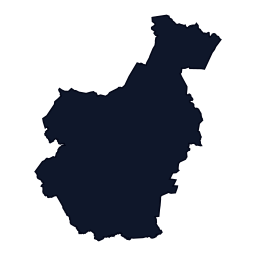 Rundēnu pag., Ludzas, Latvia (Mercator projection)
{"feature_id": "27541924B20258321075970", "entity_name": "Rundēnu pag.", "entity_type": "district", "adm_level": 2, "iso_a3": "LVA", "parent_name": "Latvia", "parent_adm1": "Ludzas", "projection": "mercator", "projection_center": [27.772, 56.271], "detail": "fine", "context": "isolated", "style": "filled", "palette": "ink", "viewbox_px": 256, "rotation_deg": 0, "n_neighbors": 0, "source": "geoboundaries", "source_scale": "gbopen_adm2", "svg_char_len": 5778}
<svg xmlns="http://www.w3.org/2000/svg" viewBox="0 0 256 256"><path d="M199.2,131.8L197.9,131.2L199.1,124.3L199.0,123.7L202.5,120.2L202.1,119.3L202.1,118.6L201.6,118.1L201.4,117.1L201.1,117.1L201.1,115.7L200.8,114.8L201.0,114.1L200.7,113.7L200.6,113.2L200.3,113.1L200.0,112.1L199.7,111.9L198.4,109.3L196.9,108.4L194.8,108.5L193.7,106.9L193.6,104.4L192.5,103.2L190.3,102.6L189.7,101.8L189.9,101.5L189.9,101.1L189.7,100.8L189.9,100.5L190.6,100.4L190.7,99.9L192.1,100.3L192.5,99.9L192.7,99.2L191.7,97.7L191.0,97.1L190.5,95.1L189.4,94.2L188.9,94.3L188.6,95.2L188.1,95.2L186.4,94.5L186.3,93.3L186.7,89.2L186.8,86.7L181.6,77.1L180.0,73.6L181.2,72.3L181.7,68.2L185.0,68.2L189.0,66.7L189.8,68.3L201.5,68.5L204.4,69.0L212.1,52.4L214.3,49.5L215.6,46.6L220.8,39.6L219.5,38.7L218.4,36.7L216.3,35.9L215.5,34.4L214.0,33.7L212.3,34.3L211.9,35.4L211.5,35.6L210.4,37.1L209.4,36.7L209.5,36.5L209.1,35.6L209.0,32.8L208.8,32.7L208.4,32.6L206.5,33.7L204.5,33.2L203.8,33.8L201.0,31.0L200.2,29.6L198.2,28.5L198.0,25.5L196.4,23.5L195.5,25.1L192.0,25.4L191.9,26.5L191.2,26.4L190.6,25.8L190.2,25.8L188.8,26.7L188.0,27.7L186.9,27.9L185.7,26.8L185.1,25.2L183.9,25.8L183.0,25.2L180.8,24.7L179.2,24.0L177.4,24.7L175.5,24.1L174.6,22.7L172.2,20.8L172.0,19.8L171.5,19.2L169.4,18.2L169.2,17.5L168.9,17.1L168.9,16.3L166.6,15.4L152.6,17.5L152.2,17.6L152.5,21.5L154.9,23.2L155.2,24.7L154.5,25.6L151.7,27.4L151.7,28.9L155.4,31.6L155.5,31.8L154.1,33.1L155.6,35.2L157.6,35.4L157.6,36.2L156.0,37.9L155.5,41.2L155.7,41.8L155.2,45.4L153.2,48.7L150.0,56.3L149.7,57.5L146.9,62.7L146.1,65.3L142.6,64.4L142.4,64.0L141.5,63.5L140.9,63.5L141.1,64.2L140.9,64.5L140.3,64.5L139.2,63.7L137.2,63.1L129.2,76.5L125.0,85.4L122.0,88.0L120.4,87.5L118.6,87.6L118.0,88.5L109.7,92.7L108.3,94.7L105.7,96.4L100.5,95.1L97.4,96.1L96.1,93.2L94.2,92.7L93.6,91.8L91.2,92.2L86.2,93.6L78.9,92.3L75.7,90.7L74.6,90.9L71.4,88.7L68.5,91.5L64.6,91.4L61.7,90.1L59.6,88.6L58.9,89.5L59.1,90.7L60.6,93.0L60.4,94.7L61.3,95.8L58.4,98.7L54.9,101.7L54.6,104.4L47.3,115.3L46.7,116.0L42.9,118.6L43.5,121.9L45.3,127.8L45.9,127.3L47.5,127.2L47.9,128.5L48.4,128.8L47.5,130.5L46.7,130.7L45.7,131.9L46.1,132.3L44.9,133.8L45.3,135.3L46.7,136.1L46.8,137.1L47.1,137.7L48.4,138.6L49.0,140.1L49.6,140.3L49.7,140.6L49.5,142.1L50.1,142.7L53.4,140.9L53.3,140.3L54.9,138.9L56.1,138.5L56.9,139.4L57.7,139.4L57.7,141.1L58.2,141.4L58.9,143.5L60.4,144.0L61.5,143.5L64.2,143.6L64.3,144.5L64.8,145.3L62.1,145.5L61.0,146.6L60.5,147.4L59.9,147.3L59.4,147.8L59.0,148.4L59.0,148.9L58.7,148.9L58.1,149.8L58.2,150.8L57.8,151.3L57.9,152.1L56.6,153.1L55.7,156.8L55.4,157.1L53.8,157.3L53.5,156.9L53.0,156.9L51.6,157.8L51.1,157.8L50.7,158.5L50.1,158.8L49.5,158.6L48.2,159.0L47.7,158.6L47.4,158.9L46.8,158.5L45.6,159.5L45.0,160.5L42.5,161.7L35.2,171.7L35.9,172.3L37.5,174.9L37.3,176.8L37.6,177.8L38.3,178.5L41.1,179.8L42.3,182.0L43.1,182.2L43.5,182.8L43.3,183.4L43.5,184.2L42.5,184.5L42.2,185.2L41.7,185.3L41.3,186.2L43.1,186.9L43.2,189.9L43.0,191.3L43.3,192.8L44.7,194.4L44.8,195.0L45.8,195.7L46.8,195.3L47.4,195.5L47.6,195.8L47.8,197.1L48.9,197.4L49.9,196.8L51.1,197.2L52.8,196.6L53.1,196.4L53.1,195.8L54.8,195.8L56.0,195.2L56.9,195.7L63.0,206.3L63.0,207.8L65.2,211.4L65.3,212.0L66.1,212.5L66.3,213.6L67.1,213.9L66.8,214.4L66.8,214.9L69.1,216.2L69.6,217.4L69.8,219.3L70.4,220.5L70.4,222.7L71.1,224.0L74.4,225.9L75.0,226.2L75.5,225.9L76.4,227.3L76.8,227.1L77.0,227.9L76.8,228.2L77.1,228.3L77.1,229.0L77.7,229.5L77.8,230.1L78.7,230.5L78.9,231.1L79.2,231.0L79.3,231.5L79.0,231.7L79.0,232.9L79.2,233.3L79.6,233.1L79.8,233.4L80.1,233.4L80.6,232.6L80.8,232.9L81.0,232.6L81.3,232.9L81.7,232.8L81.7,233.2L82.1,233.0L83.5,233.5L84.6,233.0L85.3,233.1L86.1,232.2L87.1,231.7L87.4,230.8L89.7,231.0L90.0,230.5L90.5,230.3L91.4,231.0L92.2,231.3L92.5,231.8L94.5,233.4L94.4,233.9L94.7,234.1L94.5,235.7L95.1,236.1L95.2,236.9L94.7,237.7L94.7,238.5L97.5,239.5L98.0,240.3L98.8,240.6L102.9,238.7L103.7,237.7L103.5,237.3L103.8,237.3L104.0,236.8L106.7,237.0L108.2,236.2L109.1,237.1L109.3,236.8L109.3,236.2L109.9,236.5L110.3,236.3L110.2,236.1L110.3,235.9L110.7,236.1L110.8,235.6L111.1,235.7L111.2,235.2L111.6,235.0L112.3,235.7L112.8,235.4L112.7,236.0L113.3,235.8L113.6,236.0L113.6,235.6L114.1,235.7L114.5,235.3L114.5,235.0L114.1,234.8L114.7,234.7L115.7,234.1L116.6,234.1L116.9,233.5L117.3,233.4L117.4,233.1L118.4,233.7L119.0,233.4L119.6,232.8L120.0,233.0L120.7,232.7L120.7,233.4L121.7,233.7L121.5,234.0L121.6,234.9L121.5,235.3L121.5,235.5L122.6,235.9L122.9,236.3L123.7,236.3L123.9,236.8L124.5,237.1L125.0,236.7L125.2,236.9L125.0,237.1L125.0,237.6L125.7,237.5L125.9,237.7L125.9,238.0L126.4,238.1L126.3,238.5L126.8,239.0L127.4,239.2L128.1,238.5L128.2,239.2L128.9,239.1L129.2,239.6L129.9,239.3L130.7,238.5L130.6,238.1L131.7,237.4L132.9,238.0L143.2,237.4L146.2,236.5L147.4,237.0L148.0,236.4L150.1,236.4L151.2,237.8L152.6,237.9L154.6,237.3L155.7,236.4L155.9,236.5L156.5,235.6L156.4,234.6L156.8,234.7L157.1,234.4L157.7,234.8L158.5,233.9L160.3,233.9L161.9,232.2L161.0,230.4L159.8,230.4L159.4,230.0L158.8,228.0L157.5,226.4L155.8,223.5L156.3,222.7L156.1,219.2L154.8,217.0L154.9,216.7L158.7,216.2L159.3,209.6L159.9,205.3L160.4,199.1L160.3,197.8L160.8,195.9L161.3,195.4L167.5,192.7L167.9,192.1L171.0,193.1L175.3,192.7L177.1,187.7L177.4,186.1L173.0,185.9L175.9,180.0L169.6,179.1L172.6,172.9L176.1,172.5L178.7,170.4L177.9,169.7L178.0,167.0L178.4,163.6L179.7,161.8L185.3,159.2L185.9,158.4L186.1,157.6L186.8,156.9L186.3,152.3L188.2,150.4L189.4,150.2L189.7,149.0L188.7,148.1L188.1,147.0L188.8,146.0L188.9,144.8L188.7,144.3L188.9,143.5L191.5,143.7L192.2,143.3L194.0,143.2L194.8,143.4L195.5,144.6L196.4,145.1L197.2,144.9L199.5,145.3L200.2,145.6L201.4,145.5L200.3,143.8L200.2,141.9L199.8,140.7L199.9,139.9L200.4,139.2L200.5,137.9L201.0,137.3L201.0,136.7L200.6,136.2L199.2,131.8Z" fill="#0f172a" stroke="#020617" stroke-width="1.5"/></svg>